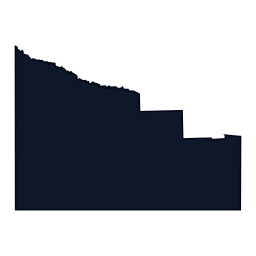 General Roca, Córdoba, Argentina (Robinson projection)
{"feature_id": "61730980B65942785311638", "entity_name": "General Roca", "entity_type": "district", "adm_level": 2, "iso_a3": "ARG", "parent_name": "Argentina", "parent_adm1": "Córdoba", "projection": "robinson", "projection_center": [-64.642, -34.475], "detail": "fine", "context": "isolated", "style": "filled", "palette": "ink", "viewbox_px": 256, "rotation_deg": 0, "n_neighbors": 0, "source": "geoboundaries", "source_scale": "gbopen_adm2", "svg_char_len": 4863}
<svg xmlns="http://www.w3.org/2000/svg" viewBox="0 0 256 256"><path d="M15.6,209.7L240.3,209.7L240.6,136.5L236.4,136.2L225.2,135.1L225.3,135.2L225.3,138.8L214.0,139.5L211.1,139.5L211.1,138.2L200.5,138.4L182.7,138.9L182.1,110.7L139.6,111.7L139.2,94.1L133.6,91.2L130.8,91.2L130.0,91.0L129.8,91.2L129.6,91.2L129.0,91.1L129.0,90.9L128.5,90.7L128.2,90.8L128.0,91.0L127.9,90.8L128.0,90.7L128.3,90.6L128.1,90.2L128.3,89.9L128.1,89.6L127.6,89.4L127.2,89.8L126.9,89.7L127.0,89.6L126.8,89.6L126.5,89.8L126.1,89.9L125.6,89.6L125.6,89.4L125.4,89.4L125.2,89.6L125.2,89.8L124.9,90.0L124.6,90.0L124.5,89.8L124.7,89.7L124.3,89.5L124.1,89.7L123.9,89.6L123.6,88.8L123.1,88.6L123.1,88.3L123.1,88.1L122.8,87.8L122.6,87.8L122.4,87.3L122.2,87.6L122.3,88.0L122.1,88.0L121.9,88.1L121.4,88.0L120.5,88.5L120.4,88.5L120.3,88.3L120.2,88.3L119.9,88.8L119.6,89.0L119.4,89.2L119.1,89.1L118.7,89.0L118.3,88.9L118.2,88.5L117.8,88.2L117.4,88.2L116.5,87.8L116.5,87.7L116.3,87.2L115.0,87.2L114.3,86.9L114.1,87.0L113.8,87.0L113.7,87.3L112.8,87.4L112.2,87.2L112.2,87.6L111.8,87.7L111.7,87.4L111.5,87.6L111.3,87.8L110.5,87.6L110.3,87.7L110.2,87.7L110.3,87.2L110.2,87.1L109.8,87.3L109.6,87.3L109.5,87.1L109.4,87.0L109.7,86.7L109.7,86.4L109.4,86.3L109.2,86.4L109.1,86.2L108.9,86.2L108.7,86.4L108.6,86.6L108.3,86.6L108.1,86.8L107.9,86.8L107.6,87.0L107.5,87.5L107.4,87.7L107.3,87.8L107.6,87.8L107.7,88.1L107.9,88.3L107.7,88.6L107.3,88.6L106.8,88.3L106.7,88.1L106.3,88.2L106.2,88.1L106.0,87.5L106.0,87.2L105.5,86.9L105.4,86.8L105.2,86.6L105.2,86.4L105.5,86.2L105.4,86.0L105.2,86.0L104.9,86.1L104.6,86.3L104.3,86.3L103.9,86.2L103.4,86.2L103.1,86.3L102.9,86.5L102.6,86.3L102.4,86.5L102.0,86.3L101.5,86.3L101.3,86.4L101.0,86.3L100.4,86.8L100.0,86.8L99.4,86.5L99.2,86.1L99.5,85.5L99.5,85.2L99.2,84.7L98.4,84.7L97.7,84.4L97.2,83.9L96.7,83.7L95.1,83.7L95.0,83.9L94.7,84.1L94.4,83.8L94.5,83.6L94.4,83.3L94.0,82.7L93.2,82.5L93.0,82.3L92.6,82.5L92.5,82.3L92.3,82.3L92.1,82.5L91.8,83.2L91.4,83.5L91.1,83.9L90.2,83.8L89.5,83.8L89.0,83.6L88.7,83.3L88.4,82.3L88.5,81.8L88.5,81.7L88.2,81.6L87.8,81.7L87.3,82.1L87.5,82.3L87.4,82.4L87.3,82.6L87.1,82.6L86.7,82.2L86.7,81.6L86.1,81.2L85.9,81.2L85.8,80.9L85.5,80.6L84.9,80.6L84.4,80.9L83.6,80.9L83.2,80.7L82.7,80.7L82.2,80.4L81.9,80.2L80.9,79.8L80.8,80.1L80.7,80.1L80.4,79.9L80.2,79.9L80.1,80.1L80.1,80.4L79.9,80.5L79.5,80.2L79.4,80.0L79.5,79.6L79.9,79.3L79.9,79.2L79.7,79.0L79.1,79.1L78.8,79.2L78.6,79.2L78.5,79.3L78.5,79.6L78.3,79.8L77.6,79.3L77.2,79.0L76.6,78.8L76.3,78.2L75.8,78.1L75.7,78.0L76.0,77.6L76.3,77.6L76.5,77.4L76.8,77.5L76.9,77.3L77.0,76.9L76.8,76.3L76.8,76.2L76.5,76.1L76.0,75.9L75.8,75.9L75.8,75.6L75.6,74.9L75.1,74.7L74.8,74.8L74.6,74.7L74.3,74.5L74.1,74.2L73.6,73.8L73.0,73.4L72.1,73.3L71.8,73.0L71.8,72.7L71.5,72.5L71.4,72.3L71.5,72.2L71.4,72.0L70.7,71.9L70.4,72.0L70.3,72.3L70.0,72.2L69.8,72.5L70.0,72.8L70.0,73.0L70.5,73.3L70.3,73.5L69.4,73.8L69.1,73.8L68.9,73.9L68.7,73.4L68.1,72.7L68.1,72.4L68.4,72.0L68.2,71.5L67.6,71.2L66.1,71.2L65.3,70.9L65.2,70.8L65.0,70.0L64.8,69.7L64.6,69.6L64.5,69.2L64.2,68.9L63.3,68.5L62.8,68.1L62.2,68.4L62.0,68.6L61.8,68.1L62.1,67.3L61.9,67.1L61.6,67.0L61.1,67.2L60.8,67.7L60.5,67.9L60.4,68.1L60.1,68.1L59.7,67.8L59.4,67.6L59.1,67.6L59.0,67.8L59.0,68.1L58.9,68.3L58.7,68.5L58.4,68.6L58.2,68.5L58.3,68.2L58.2,67.6L58.1,67.3L57.8,67.0L57.5,66.8L56.6,66.9L56.3,67.1L55.9,67.1L55.7,66.8L55.7,66.1L55.6,65.9L55.0,65.5L54.9,65.2L54.8,64.6L54.9,64.4L55.0,63.8L54.8,63.5L54.6,63.5L54.5,64.1L54.3,64.3L54.0,64.1L53.9,63.6L53.9,63.3L53.8,63.2L52.5,63.2L51.9,63.2L51.3,62.9L50.8,63.0L50.3,62.7L50.0,62.7L49.8,62.8L49.7,62.9L49.6,63.3L49.6,63.6L49.5,64.3L49.4,64.4L49.0,64.5L48.8,64.4L48.6,64.0L48.1,63.7L47.9,63.5L47.9,63.3L48.3,62.9L48.3,62.7L48.2,62.5L47.6,62.1L47.2,62.2L46.9,62.2L46.1,61.9L46.1,62.0L46.0,62.4L45.2,62.2L44.5,62.4L43.9,62.2L43.6,61.7L43.3,61.5L43.2,61.3L42.7,61.1L42.0,60.6L41.5,60.6L41.2,60.7L40.6,60.8L40.4,60.9L40.4,61.3L40.0,61.1L39.8,60.5L39.4,60.3L38.8,60.4L37.8,60.3L37.2,60.4L36.3,60.3L35.4,59.7L34.4,59.5L33.8,59.2L33.5,58.9L33.2,58.9L33.0,59.3L32.8,59.6L31.9,59.4L31.0,59.8L30.6,59.4L30.3,58.9L29.9,58.4L29.7,57.7L28.7,57.1L28.5,56.9L28.0,56.1L27.8,55.5L27.6,55.3L27.4,55.3L26.8,55.6L26.0,55.3L25.8,55.3L25.7,55.0L25.3,54.9L25.1,54.6L24.9,54.5L24.5,54.7L24.1,54.8L23.7,54.6L23.4,54.6L23.2,54.9L23.1,55.0L22.9,55.1L22.7,55.0L22.5,54.8L22.5,54.6L22.8,54.2L22.9,53.6L22.8,53.4L22.6,53.2L22.4,53.0L22.7,52.8L22.9,52.9L23.1,52.6L23.1,52.4L22.8,52.3L22.9,51.8L22.6,51.3L22.4,51.2L22.5,50.9L22.2,50.6L21.8,50.7L21.7,51.0L21.8,51.3L21.6,51.5L21.5,51.8L21.4,51.9L21.2,51.9L21.1,52.3L20.9,52.4L20.7,52.3L20.1,51.6L19.5,51.4L19.4,51.3L19.3,51.0L19.2,50.9L19.1,50.7L19.2,50.4L18.8,50.3L18.5,50.2L17.7,49.5L17.2,49.6L17.0,49.3L17.1,49.1L17.0,48.4L17.1,48.2L17.2,47.8L16.8,47.4L16.8,47.2L16.7,47.1L16.3,47.2L16.0,46.9L15.9,46.5L15.8,46.4L15.4,46.3L15.6,209.7Z" fill="#0f172a" stroke="#020617" stroke-width="1.5"/></svg>